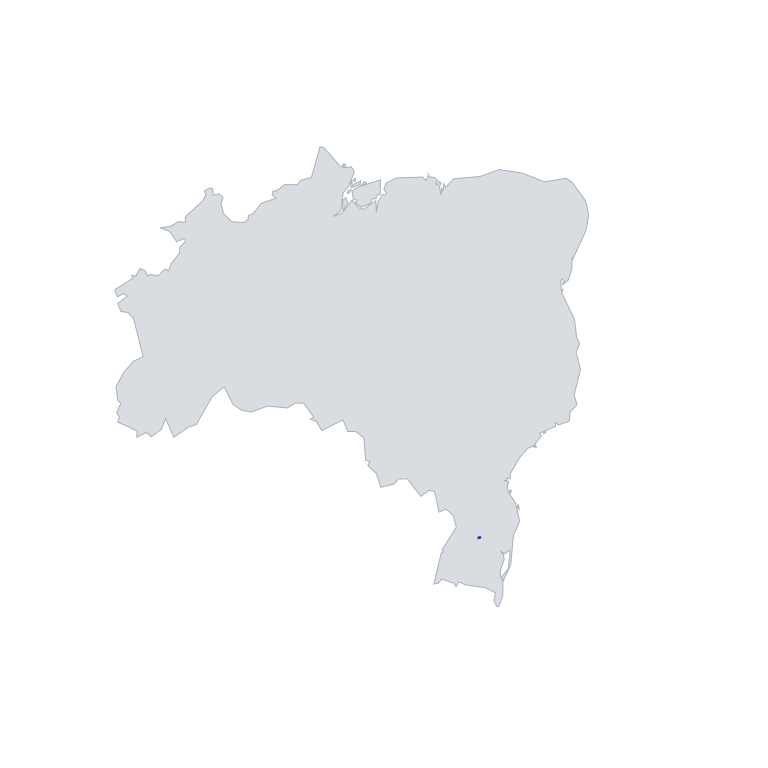 Nicolau Vergueiro, Rio Grande do Sul, Brazil (highlighted), rotated 336°
{"feature_id": "56859067B10489140386792", "entity_name": "Nicolau Vergueiro", "entity_type": "district", "adm_level": 2, "iso_a3": "BRA", "parent_name": "Brazil", "parent_adm1": "Rio Grande do Sul", "projection": "orthographic", "projection_center": [-52.451, -28.521], "detail": "fine", "context": "in_parent", "style": "filled", "palette": "violet", "viewbox_px": 768, "rotation_deg": 336, "n_neighbors": 0, "source": "geoboundaries", "source_scale": "gbopen_adm2", "svg_char_len": 4281}
<svg xmlns="http://www.w3.org/2000/svg" viewBox="0 0 768 768"><g transform="rotate(336 384 384)"><path d="M214.9,188.8L221.9,193.4L230.6,189.8L233.4,192.9L238.3,187.5L250.3,181.3L252.9,176.3L260.6,173.0L261.2,169.9L252.5,169.7L250.3,157.4L242.9,150.2L253.0,153.2L262.1,152.1L268.4,155.6L270.4,150.5L293.4,142.8L298.4,138.4L298.2,134.7L305.0,134.1L307.0,135.7L304.8,142.1L310.8,143.4L312.7,148.4L308.6,152.6L306.7,163.1L311.0,173.9L321.8,179.6L326.6,178.4L328.9,174.8L333.0,175.4L345.4,169.0L361.0,170.3L358.7,165.7L361.1,162.6L364.2,163.8L374.4,161.4L385.9,166.7L390.8,163.9L401.7,165.8L422.1,141.3L425.4,143.8L432.2,166.6L435.7,170.2L442.5,172.3L443.3,178.2L431.7,189.1L424.5,192.7L415.1,208.0L405.8,210.3L415.5,210.7L429.8,203.0L432.6,213.0L436.5,216.1L451.2,213.0L446.8,224.1L452.6,215.3L459.4,210.3L462.8,211.9L464.3,210.4L463.0,206.2L467.5,201.5L479.0,200.8L503.4,210.6L505.1,215.1L508.5,212.3L514.2,216.0L515.7,219.9L512.8,222.3L514.0,223.7L517.1,221.4L517.8,223.8L515.0,226.2L513.1,233.8L517.0,230.8L519.9,225.2L520.3,229.4L531.2,224.9L556.6,233.6L576.7,235.0L596.2,247.7L612.9,264.6L634.0,270.2L637.9,276.2L642.6,298.7L639.9,312.5L631.1,325.8L607.3,346.7L607.4,344.7L602.5,355.1L594.9,363.9L591.5,365.0L589.3,360.4L587.1,362.3L583.5,372.4L584.3,402.6L579.0,419.5L579.2,426.6L572.4,433.2L569.4,450.6L553.2,471.4L551.9,481.6L542.9,484.9L538.1,493.2L526.8,492.5L524.6,489.0L523.5,492.5L506.0,492.2L506.7,495.2L495.3,501.6L489.0,501.2L477.7,506.6L463.5,516.8L460.7,521.9L458.4,519.8L457.4,522.1L454.3,521.0L458.2,524.2L454.9,527.5L453.7,533.2L455.7,545.9L452.2,564.5L440.7,574.9L426.4,600.4L413.4,611.9L413.2,608.0L422.3,603.3L430.6,589.3L430.8,586.8L425.4,588.3L422.2,583.7L423.8,588.2L422.3,593.4L414.2,602.0L411.7,608.8L412.4,612.6L406.4,625.7L398.3,633.9L396.5,632.8L396.4,626.2L401.0,620.3L393.6,611.2L377.1,600.9L372.0,595.2L367.4,598.4L366.8,594.4L357.3,585.6L352.9,588.1L348.2,587.0L367.6,561.6L370.0,561.7L369.5,559.3L391.9,544.2L393.8,532.0L389.6,523.3L382.2,523.4L386.5,502.6L381.7,499.5L371.9,501.6L366.7,480.1L358.4,476.6L352.4,479.5L339.1,477.0L340.6,462.8L336.0,451.8L339.8,449.1L336.2,446.1L343.7,425.3L339.1,416.1L331.7,412.7L332.0,400.1L308.3,401.2L307.0,390.8L302.4,386.1L306.4,385.7L302.8,368.8L295.2,365.4L285.9,366.6L268.8,356.8L251.1,355.5L243.4,350.2L237.8,341.3L236.9,321.6L221.7,325.7L196.1,344.7L188.2,343.8L170.3,347.2L170.4,326.8L161.9,335.0L150.0,337.5L147.2,331.6L136.6,332.2L139.3,326.3L125.4,310.5L128.8,306.7L128.0,301.7L135.6,294.7L134.2,290.4L138.1,277.4L151.1,267.5L164.4,261.2L175.1,261.1L181.9,222.1L178.9,214.3L173.2,210.7L173.4,202.1L185.1,199.4L183.1,195.1L176.1,196.0L176.2,188.4L197.9,185.2L197.7,182.1L201.1,184.4L208.1,179.2L211.8,183.5L212.2,189.6L214.9,188.8ZM438.6,193.3L463.7,196.1L457.8,209.0L453.2,209.2L452.3,211.4L448.6,210.3L444.6,213.5L435.1,213.3L431.6,206.6L434.1,205.0L431.2,202.6L433.2,195.0L438.6,193.3ZM417.1,208.8L421.0,199.4L424.9,198.2L424.6,203.9L417.1,208.8ZM445.5,188.8L443.1,192.2L437.4,191.3L438.3,189.1L445.5,188.8ZM436.9,184.8L435.9,191.9L433.5,191.1L436.9,184.8ZM449.5,193.5L445.9,193.7L444.3,193.1L448.7,191.1L449.5,193.5ZM433.1,193.4L429.4,195.6L427.9,194.4L430.5,192.3L433.1,193.4ZM439.9,187.2L438.1,185.7L441.2,184.3L441.4,185.7L439.9,187.2ZM437.9,169.0L435.8,169.2L435.3,166.7L437.3,166.6L437.9,169.0ZM456.3,553.6L455.7,551.0L457.3,548.7L457.7,549.4L456.3,553.6ZM497.3,500.7L497.7,503.6L495.4,502.9L497.3,500.7ZM455.7,535.1L454.7,533.5L456.3,532.0L456.8,532.6L455.7,535.1ZM516.4,229.2L514.8,231.8L516.4,228.0L516.4,229.2ZM590.2,365.3L587.7,365.9L589.4,363.8L590.2,365.3ZM512.2,493.8L509.8,494.5L509.4,494.0L510.9,492.7L512.2,493.8ZM585.9,370.2L584.9,371.7L584.4,370.6L585.9,370.2ZM509.8,210.0L510.0,211.5L509.3,211.2L509.8,210.0Z" fill="#d9dde1" stroke="#a8b0b8" stroke-width="1"/><path d="M407.5,563.2L407.5,563.3L407.6,563.5L407.6,563.4L407.7,563.2L407.8,563.3L407.8,563.5L407.9,563.8L408.0,563.8L408.0,563.7L408.3,563.6L408.5,563.7L408.8,563.6L409.0,563.5L409.3,563.7L409.4,563.8L409.5,563.7L409.8,563.5L409.9,563.4L409.9,563.2L409.7,562.9L409.5,562.7L409.4,562.4L409.2,562.4L409.2,562.5L408.9,562.6L408.7,562.4L408.5,562.5L408.4,562.5L408.2,562.6L407.9,562.5L407.9,562.8L407.7,562.8L407.6,563.0L407.4,563.1L407.5,563.2L407.5,563.2Z" fill="#8b5cf6" stroke="#5b21b6" stroke-width="1.5"/></g></svg>